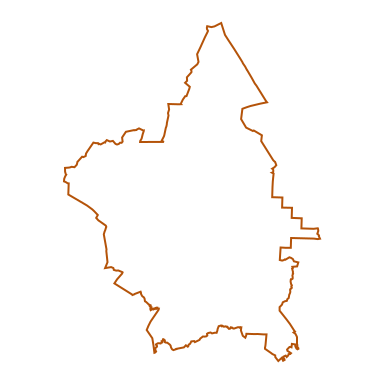 the district of Raunas pag., Raunas, Latvia
{"feature_id": "27541924B42175527165431", "entity_name": "Raunas pag.", "entity_type": "district", "adm_level": 2, "iso_a3": "LVA", "parent_name": "Latvia", "parent_adm1": "Raunas", "projection": "orthographic", "projection_center": [25.644, 57.352], "detail": "fine", "context": "isolated", "style": "outline", "palette": "amber", "viewbox_px": 384, "rotation_deg": 0, "n_neighbors": 0, "source": "geoboundaries", "source_scale": "gbopen_adm2", "svg_char_len": 5981}
<svg xmlns="http://www.w3.org/2000/svg" viewBox="0 0 384 384"><path d="M155.0,352.6L155.6,352.1L156.1,351.5L156.0,351.3L155.6,351.1L155.6,350.5L155.4,350.1L155.3,349.0L155.4,348.5L155.8,347.6L156.8,346.9L157.0,346.5L157.0,346.0L156.9,345.7L156.1,344.9L156.0,344.7L156.0,344.4L157.8,343.3L159.0,343.2L160.6,343.5L160.8,343.4L161.2,342.7L162.1,342.5L162.2,342.1L161.7,341.6L161.7,341.3L161.7,341.2L162.4,341.3L163.2,340.4L163.3,340.2L162.9,339.4L163.0,339.2L163.5,339.2L163.9,339.5L164.8,340.3L164.9,341.1L164.7,342.1L164.9,342.2L166.1,342.7L167.3,342.7L169.8,344.6L170.6,345.6L170.7,346.2L171.0,347.3L171.7,348.7L172.1,349.3L173.4,350.1L176.7,349.0L176.6,348.8L183.9,347.4L185.9,345.3L187.7,346.7L188.2,346.4L188.7,344.6L190.1,343.8L191.3,341.4L194.2,341.1L194.9,342.1L199.5,339.9L200.2,338.6L202.9,336.5L204.7,336.6L206.4,336.3L207.3,335.5L207.0,333.8L208.2,333.0L210.6,332.5L212.0,333.4L215.0,332.7L216.6,332.8L217.4,330.5L217.6,329.1L218.7,326.2L219.1,326.2L220.5,325.6L221.2,325.5L221.8,325.6L221.8,325.8L221.7,326.3L221.8,326.4L222.2,326.3L222.2,326.2L222.2,325.9L222.3,325.8L223.0,326.1L223.9,326.7L224.2,326.5L224.9,326.6L225.8,326.3L226.6,326.8L227.3,326.7L227.6,327.0L227.5,327.5L228.3,328.1L228.9,328.8L229.4,328.6L229.7,328.8L229.8,328.8L230.3,328.3L230.8,327.3L231.7,327.5L232.0,327.9L232.5,327.8L233.0,328.4L233.9,328.6L238.0,327.2L239.2,327.3L239.5,327.6L240.1,327.1L240.3,327.1L240.5,327.5L241.3,327.4L240.9,330.4L242.8,335.8L245.3,337.7L246.0,336.0L246.3,334.8L246.4,333.8L254.7,334.1L257.4,334.0L263.6,334.4L266.5,334.4L265.5,345.0L265.2,346.9L265.0,347.4L265.0,348.8L271.5,353.3L271.6,353.5L272.7,354.2L275.2,355.4L275.3,357.1L278.3,361.0L281.8,357.8L283.1,360.7L284.6,359.9L284.2,358.6L283.4,358.4L283.3,357.4L283.5,356.6L285.7,355.6L286.7,357.0L288.2,355.5L288.6,354.1L290.2,354.0L291.0,353.2L287.4,350.8L287.1,349.5L289.5,347.0L290.3,346.9L291.5,347.3L291.9,343.9L295.1,344.4L295.4,346.5L296.5,348.6L297.5,349.3L298.4,348.8L298.3,348.1L297.4,347.1L297.3,344.8L297.0,344.0L297.0,337.1L296.8,336.7L296.5,335.9L295.4,333.8L293.6,332.5L295.0,331.6L294.2,330.6L289.9,323.9L286.5,319.4L279.6,310.7L279.6,307.1L280.8,305.9L282.0,304.6L282.8,302.3L285.0,301.2L286.8,300.9L286.9,300.7L287.3,299.2L288.7,298.0L289.3,294.5L289.7,293.9L290.2,292.5L290.3,291.3L290.1,290.0L290.1,289.9L290.3,289.2L290.7,288.7L291.2,288.6L291.6,288.2L291.8,287.7L291.3,286.7L291.4,286.3L291.9,285.6L291.9,285.4L291.8,285.1L291.3,284.7L290.7,282.2L290.6,281.4L290.7,280.7L290.7,279.9L291.0,279.2L291.7,279.3L292.5,278.8L292.7,278.2L292.6,276.6L292.4,275.5L292.5,275.1L293.1,273.7L292.8,273.3L293.0,272.0L292.1,268.6L292.7,268.5L292.9,268.1L292.9,267.5L292.5,266.8L297.1,266.4L298.3,262.4L293.9,261.3L292.9,259.1L291.1,257.9L289.4,257.3L285.4,259.7L284.9,259.4L283.8,260.1L282.1,260.6L279.8,260.0L280.6,247.5L285.6,247.8L290.8,247.8L291.1,238.0L313.9,238.6L317.8,239.1L320.0,238.7L318.8,236.1L319.0,235.6L318.3,234.5L317.7,234.2L317.3,233.8L318.3,230.9L318.0,228.8L317.8,228.3L313.6,228.8L301.4,228.4L301.7,218.3L291.7,217.9L292.0,207.8L282.1,207.6L282.4,197.5L272.2,197.2L272.5,187.1L272.8,181.4L273.0,179.3L273.6,173.6L272.0,172.7L273.1,172.3L273.3,170.9L273.1,169.3L272.2,168.7L274.5,167.2L276.3,165.2L275.1,161.9L274.5,161.5L273.2,160.2L261.2,141.1L261.9,135.3L253.8,130.5L252.9,131.0L246.1,127.6L241.1,119.1L242.4,108.8L246.5,107.3L250.5,106.0L260.1,103.7L267.0,102.3L265.9,100.9L256.4,85.6L255.4,84.3L254.8,83.5L251.6,77.7L247.0,69.9L246.9,69.9L245.1,66.5L242.9,63.3L242.5,62.3L240.3,58.7L234.2,49.0L228.4,40.2L225.0,34.9L221.2,23.0L214.5,26.4L211.4,27.1L207.2,26.2L206.9,27.4L206.9,28.2L207.0,29.1L208.0,30.9L207.5,32.1L204.9,37.3L200.4,47.3L197.1,54.2L198.5,61.9L197.3,64.3L190.9,69.7L191.5,71.0L191.4,72.3L186.9,77.3L187.1,80.8L185.1,82.8L189.8,86.8L189.3,88.8L186.5,96.1L185.2,96.2L182.9,99.5L180.7,104.0L180.9,104.2L179.0,104.3L168.3,104.0L169.1,109.5L168.0,113.1L168.5,115.5L166.9,123.0L166.8,124.4L166.4,126.4L165.8,127.9L164.3,135.1L163.9,136.4L161.7,140.7L163.9,141.9L140.1,142.0L140.2,141.1L140.4,140.6L141.2,139.4L141.7,138.3L142.7,134.2L143.8,130.9L143.8,130.5L143.5,130.6L139.0,128.4L136.5,129.7L136.4,130.0L134.2,130.3L134.0,130.1L125.9,131.8L122.1,137.5L122.6,141.6L121.6,142.8L120.1,142.7L118.7,144.0L117.0,144.5L115.5,143.9L112.9,140.9L109.9,141.5L106.8,140.1L105.6,141.4L105.2,142.5L104.5,142.3L100.7,144.4L100.4,144.4L99.1,143.8L98.5,144.1L98.0,143.1L95.6,143.1L93.4,142.6L87.6,151.0L86.0,153.6L85.7,156.0L83.4,157.1L82.1,156.7L82.0,156.8L77.9,161.4L77.5,161.7L76.8,164.7L74.5,167.2L71.6,166.8L70.0,167.4L68.8,167.6L65.0,167.9L65.1,171.8L65.9,174.5L66.2,174.7L65.2,176.3L64.2,178.8L64.0,181.4L65.6,182.0L67.7,183.3L68.7,183.4L68.3,194.5L87.0,205.5L92.3,209.4L94.1,211.1L97.8,215.0L96.2,217.9L96.3,218.0L98.3,220.3L105.8,225.6L106.3,226.9L106.0,227.4L105.9,227.9L105.2,230.2L104.5,231.8L104.4,232.3L103.8,234.3L106.5,249.4L106.3,251.0L107.5,262.2L105.1,268.1L111.1,267.1L113.3,268.0L113.7,269.2L113.8,269.9L116.2,270.6L118.4,270.5L122.5,272.2L122.6,272.3L122.1,273.6L117.1,279.3L114.4,283.4L132.4,294.7L132.5,295.0L134.4,294.3L134.6,294.0L140.6,291.7L140.9,292.5L141.0,293.1L141.0,293.8L142.0,295.8L142.5,296.4L143.7,297.2L144.3,298.1L144.6,298.8L144.7,299.3L144.7,299.8L144.9,300.7L144.9,301.0L145.0,301.3L146.2,302.0L147.0,302.8L147.5,303.2L148.5,304.3L149.2,304.6L149.3,305.0L149.8,305.1L149.5,305.6L149.6,305.9L150.2,305.4L150.6,305.3L150.7,305.5L150.3,306.4L150.3,306.6L151.3,307.1L150.3,308.8L150.4,309.3L150.7,310.1L151.0,309.9L151.1,309.5L151.4,309.3L151.5,309.4L151.4,309.5L151.6,309.7L151.9,309.6L152.5,308.7L152.7,308.8L153.4,309.3L153.9,308.5L154.1,308.4L154.6,309.0L154.9,309.1L155.2,308.8L155.6,308.1L156.1,307.8L156.3,308.0L156.0,308.0L156.0,308.4L156.5,308.8L156.7,308.7L157.3,308.2L157.3,307.7L157.5,307.7L157.7,308.5L158.4,308.7L158.5,308.7L158.4,308.9L158.7,309.1L158.8,309.0L158.9,308.6L159.0,308.4L158.5,309.9L150.6,321.5L148.4,325.9L146.7,330.0L152.3,338.2L153.5,345.5L154.4,352.8L155.0,352.6Z" fill="none" stroke="#b45309" stroke-width="2"/></svg>